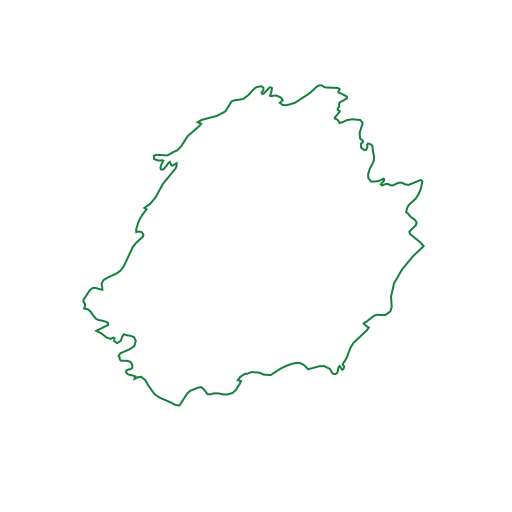 an SVG outline of Pirkanmaa, rotated 139°
{"feature_id": "FIN-3186", "entity_name": "Pirkanmaa", "entity_type": "Region", "adm_level": 1, "iso_a3": "FIN", "parent_name": "Finland", "parent_adm1": "", "projection": "robinson", "projection_center": [23.692, 61.717], "detail": "fine", "context": "isolated", "style": "outline", "palette": "green", "viewbox_px": 512, "rotation_deg": 139, "n_neighbors": 0, "source": "natural_earth", "source_scale": "10m", "svg_char_len": 4043}
<svg xmlns="http://www.w3.org/2000/svg" viewBox="0 0 512 512"><g transform="rotate(139 256 256)"><path d="M290.9,136.3L291.4,142.5L293.0,146.4L295.7,148.9L299.1,150.8L305.0,153.2L311.4,154.9L323.0,156.5L328.0,161.4L329.7,165.4L335.4,171.3L339.9,172.9L341.6,174.3L347.2,175.1L351.2,174.2L349.4,171.5L351.9,170.3L359.1,168.0L363.5,168.0L368.4,170.2L371.9,173.5L374.7,177.2L378.2,180.2L380.9,181.3L383.3,183.5L383.1,185.3L382.9,188.6L383.1,191.5L383.3,192.8L385.7,194.5L394.0,197.4L398.3,197.3L411.8,193.4L414.6,196.5L415.7,199.8L421.8,212.7L423.2,218.9L422.3,227.9L421.0,235.2L422.1,240.4L425.2,242.2L428.3,243.0L426.9,243.8L426.1,244.2L426.9,245.9L430.2,250.5L430.5,253.3L429.0,254.7L426.5,254.0L425.5,253.1L423.3,252.7L421.3,254.1L420.1,257.4L420.9,259.9L423.0,262.4L426.4,265.3L426.7,267.2L426.0,268.2L425.4,268.8L425.3,269.5L425.3,270.7L422.2,271.6L412.8,268.6L406.9,267.8L402.4,270.8L401.3,274.9L403.2,278.2L405.9,281.5L407.0,283.6L410.2,282.8L413.6,280.7L418.0,281.3L418.9,284.8L416.7,286.9L417.1,287.9L420.2,288.9L422.4,293.0L423.3,298.6L425.6,304.3L412.9,301.0L411.6,302.6L412.3,304.7L414.5,308.1L416.7,310.8L417.9,313.1L417.9,317.5L417.4,321.8L417.7,325.8L420.2,329.1L418.1,330.2L416.7,331.7L416.2,333.4L416.4,334.5L414.9,336.1L403.9,339.2L400.2,339.0L398.2,337.4L395.0,332.4L394.1,331.3L392.4,333.5L390.9,336.2L387.2,337.9L382.5,337.1L372.3,334.2L367.5,333.9L362.7,334.9L343.1,343.6L337.8,344.6L328.6,344.8L327.0,345.9L326.6,348.8L327.9,350.9L329.8,352.2L330.7,352.5L329.0,354.7L321.3,359.4L315.4,361.5L308.0,363.0L308.2,363.5L308.7,365.5L301.3,364.8L293.3,366.2L278.9,371.5L259.5,374.8L256.7,376.1L255.1,378.1L259.8,379.0L260.5,379.8L260.2,380.4L259.6,382.8L259.3,383.5L260.5,383.7L267.5,382.2L269.3,382.2L271.0,383.7L270.1,385.5L267.4,387.1L263.5,388.8L263.8,389.7L265.1,390.5L267.2,392.3L268.7,394.8L269.3,396.2L267.4,398.6L265.0,397.9L256.8,390.0L248.7,388.3L246.4,387.4L240.2,387.9L229.0,391.3L212.9,391.3L210.6,392.0L210.9,392.5L212.2,395.3L207.6,394.3L193.8,387.5L184.3,385.2L173.1,388.7L169.2,387.2L166.1,384.9L162.4,382.9L156.3,382.4L149.5,383.3L145.8,383.3L144.1,382.8L140.4,380.3L140.0,378.1L141.2,376.7L143.3,375.9L144.7,375.6L144.9,374.1L143.4,373.5L136.4,374.3L134.6,374.1L133.8,372.3L134.7,371.4L136.9,369.7L140.4,367.7L139.6,366.5L137.8,365.7L135.3,363.6L133.7,360.3L133.2,358.2L133.6,356.0L137.6,356.0L136.7,352.3L134.0,349.7L125.9,346.0L108.4,343.6L99.1,344.0L96.4,343.3L94.7,342.0L94.1,340.5L93.7,338.9L92.8,337.4L84.9,330.0L83.8,328.7L83.4,327.0L86.3,325.8L86.2,324.5L85.5,323.4L82.8,316.8L83.7,315.5L88.0,316.0L91.7,317.0L93.5,316.4L94.1,315.4L94.9,314.4L96.2,313.9L97.4,313.7L98.4,312.9L98.0,311.3L97.9,311.0L97.7,310.5L98.6,309.9L105.8,308.8L106.3,307.9L105.7,307.0L105.1,305.1L105.3,302.9L105.8,301.6L102.3,300.0L98.4,299.0L93.8,296.2L88.0,290.1L88.2,286.4L97.1,280.9L100.4,276.2L99.7,273.1L100.3,272.0L103.1,271.8L105.6,268.8L104.9,265.1L103.1,263.8L100.2,265.4L99.2,267.0L97.7,267.5L96.4,265.6L95.9,263.7L96.2,262.0L96.9,261.4L99.3,257.9L101.7,253.4L104.7,250.6L107.9,249.0L113.1,247.1L117.7,244.2L120.1,241.1L120.3,236.5L115.7,233.0L112.5,231.5L108.9,230.7L109.0,229.7L109.9,228.9L114.8,228.2L114.7,226.6L110.6,225.1L108.8,223.3L108.4,221.5L106.2,219.3L104.0,218.9L100.2,217.7L97.5,215.2L96.8,212.8L94.4,209.7L81.6,205.2L81.5,203.1L87.8,198.4L92.5,196.1L97.9,194.5L107.2,194.3L110.3,193.1L113.4,191.1L113.9,190.3L113.4,189.1L113.6,185.7L113.5,183.4L112.8,181.0L112.3,178.4L113.0,175.7L115.6,174.2L121.2,174.1L124.4,173.7L125.3,171.6L123.1,158.6L123.0,153.5L138.2,152.8L154.6,150.0L169.7,144.8L180.7,136.8L187.1,128.4L191.0,126.1L196.8,126.5L198.6,127.7L203.0,132.1L205.8,133.4L216.1,134.0L217.7,134.6L219.1,134.3L218.6,130.9L218.2,128.9L217.8,128.0L221.2,127.2L239.4,126.5L245.2,124.7L253.1,120.3L257.4,118.6L259.9,118.1L262.1,116.8L261.8,115.7L262.0,114.6L263.2,113.8L264.4,113.4L265.5,113.6L265.1,118.0L266.3,118.1L267.5,117.3L269.6,115.6L271.6,114.4L273.7,114.9L275.2,116.8L275.1,118.7L274.5,120.6L274.3,122.4L276.9,128.4L280.8,131.4L290.9,136.3Z" fill="none" stroke="#15803d" stroke-width="2"/></g></svg>